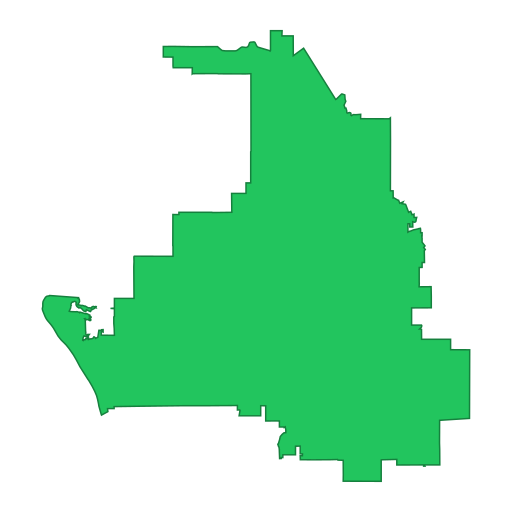 outline of Etchojoa, Sonora, Mexico
{"feature_id": "50627088B76795265629930", "entity_name": "Etchojoa", "entity_type": "district", "adm_level": 2, "iso_a3": "MEX", "parent_name": "Mexico", "parent_adm1": "Sonora", "projection": "natural_earth1", "projection_center": [-109.755, 27.044], "detail": "fine", "context": "isolated", "style": "filled", "palette": "green", "viewbox_px": 512, "rotation_deg": 0, "n_neighbors": 0, "source": "geoboundaries", "source_scale": "gbopen_adm2", "svg_char_len": 5763}
<svg xmlns="http://www.w3.org/2000/svg" viewBox="0 0 512 512"><path d="M381.2,481.3L381.2,459.9L381.3,459.8L396.8,459.4L396.8,465.0L423.6,464.9L423.6,466.1L424.9,466.1L424.6,465.6L424.6,464.9L439.8,464.9L439.7,449.2L439.5,443.0L439.6,420.3L469.5,418.4L469.7,349.8L450.6,349.7L450.6,339.3L421.6,339.3L421.5,328.8L421.4,329.0L419.6,329.0L421.4,327.2L421.7,326.2L421.8,325.8L421.7,325.5L421.5,325.1L411.6,325.1L411.6,307.9L431.3,307.8L431.3,296.3L431.1,286.7L419.1,286.8L419.3,283.0L419.2,282.9L419.2,267.5L422.1,267.4L422.1,262.5L424.5,262.5L424.3,250.7L425.3,249.5L423.7,247.5L425.0,245.9L422.1,242.2L422.1,237.9L421.9,237.2L422.0,236.7L422.0,235.9L421.8,235.9L421.8,235.7L422.1,235.7L422.1,232.7L420.6,232.7L420.6,229.5L420.4,228.3L418.7,228.6L418.0,228.9L413.4,229.9L410.5,231.1L409.8,231.2L409.1,231.5L407.9,232.2L407.9,223.8L409.7,223.7L409.7,227.0L412.8,227.0L412.7,221.7L414.3,222.2L414.8,222.2L415.6,221.8L415.8,221.5L416.0,220.9L416.2,219.4L416.7,217.4L414.1,217.5L414.0,214.1L413.3,214.5L412.6,214.4L412.0,214.7L410.7,211.3L408.6,212.3L408.5,211.7L408.1,211.0L405.7,204.5L406.0,204.4L402.1,203.7L403.1,201.9L399.8,203.3L398.6,200.3L398.3,200.4L393.7,197.7L393.2,197.9L393.1,190.8L390.4,190.8L390.5,139.4L390.4,118.1L389.8,118.8L389.7,118.8L390.0,118.3L389.9,118.2L389.3,118.6L388.7,118.8L360.6,118.7L360.7,114.3L355.9,114.7L353.2,114.6L351.6,115.7L351.0,115.4L350.9,113.3L350.6,112.9L349.5,112.5L347.4,113.1L346.8,112.7L346.7,110.6L345.9,108.0L344.8,108.0L344.6,106.7L344.0,105.2L345.8,101.3L345.1,99.3L344.8,94.9L342.2,94.0L341.6,94.0L336.4,99.1L335.7,99.5L303.6,48.2L293.3,55.7L293.2,35.9L281.9,35.9L282.1,30.7L270.5,30.7L270.5,50.5L270.1,51.1L269.5,50.6L258.1,47.2L257.2,46.6L256.6,45.7L255.0,42.5L254.6,42.1L253.8,41.9L250.6,42.2L250.2,42.3L249.7,42.6L249.4,43.2L248.6,45.5L248.2,46.1L247.7,46.8L247.1,47.1L246.2,47.4L245.6,47.4L242.4,47.0L241.7,47.1L241.1,47.4L237.2,50.3L235.8,50.8L235.3,50.9L225.7,50.9L222.1,50.5L220.3,49.1L217.5,46.6L192.3,46.7L173.0,46.4L163.3,46.5L163.3,57.0L173.0,57.1L173.0,65.9L173.2,67.7L192.3,67.7L192.2,74.0L192.6,73.7L207.4,73.6L217.4,73.6L218.3,73.8L245.8,73.9L250.9,73.7L251.0,151.2L250.7,151.7L250.7,182.9L246.0,182.9L246.0,193.4L231.6,193.4L231.8,212.3L216.2,212.5L212.2,212.5L212.0,212.3L178.9,212.3L178.9,214.6L172.9,214.5L172.8,245.8L173.0,246.0L173.0,256.3L134.3,256.2L134.2,256.5L133.9,256.8L134.0,261.8L133.8,266.9L134.0,298.4L114.4,298.4L114.4,308.1L110.5,308.4L114.4,308.7L114.4,316.5L113.8,316.9L113.8,323.4L114.2,328.6L114.4,335.3L101.3,335.2L101.3,331.3L103.1,332.1L103.1,329.6L101.7,329.7L101.7,330.3L98.9,330.3L97.8,337.3L95.5,338.4L95.4,337.8L94.6,337.2L94.2,336.9L93.8,336.9L93.5,337.6L93.0,338.3L92.7,338.3L91.8,338.8L90.7,338.8L88.6,339.5L88.3,339.5L88.3,339.1L88.7,338.9L88.8,338.3L88.6,337.9L88.2,337.7L87.7,337.8L87.4,338.5L86.9,338.4L86.7,338.7L85.8,338.7L85.6,338.9L85.6,339.4L85.5,339.6L83.9,339.6L83.7,340.3L83.4,340.6L82.7,340.3L82.7,339.9L82.9,338.8L83.3,337.2L83.9,336.0L84.2,335.9L86.2,336.9L86.6,336.8L87.0,336.4L87.8,336.4L88.2,336.5L88.5,336.0L88.7,335.1L89.3,334.4L87.7,334.4L87.4,334.8L86.7,335.0L86.4,335.0L86.0,334.6L85.7,333.2L85.8,332.6L85.6,330.9L85.3,321.2L85.1,319.6L84.8,318.9L84.6,318.7L84.9,318.6L84.9,318.8L85.1,318.9L85.3,319.3L85.6,319.5L86.0,319.3L86.5,319.8L87.0,319.6L88.0,319.7L89.0,319.2L89.6,319.9L89.1,320.3L89.0,320.9L89.5,320.2L89.8,320.6L90.6,320.5L90.8,320.2L90.8,319.6L90.5,319.7L90.1,319.4L90.1,319.1L89.9,319.0L89.8,318.7L89.5,318.5L89.2,318.4L89.2,318.2L90.3,318.1L90.8,317.5L91.1,317.4L91.1,317.0L90.8,316.6L90.5,316.6L89.7,316.4L89.5,316.5L89.3,316.3L89.2,316.0L89.9,315.2L87.2,313.8L85.2,313.7L80.0,312.1L79.7,312.7L79.3,312.4L77.3,311.7L76.7,311.6L76.3,311.8L71.2,311.6L69.7,311.4L69.2,311.2L70.6,308.1L70.9,305.8L71.0,305.5L71.2,305.3L71.0,305.0L70.9,304.7L70.9,304.3L71.2,303.8L71.4,303.0L72.3,302.0L72.6,301.9L72.9,302.1L74.3,301.4L74.9,301.4L75.3,301.6L76.2,302.3L76.2,302.6L76.1,303.1L76.0,304.3L76.3,305.5L77.0,306.6L78.0,307.4L78.7,307.5L78.9,308.0L80.4,307.7L82.0,309.0L83.5,310.8L85.8,311.7L86.4,309.7L90.3,311.6L90.7,311.3L91.3,309.9L91.8,309.6L92.0,309.3L92.4,309.6L92.5,309.6L92.8,309.3L94.5,308.4L94.6,308.1L95.6,307.7L96.0,307.8L95.9,307.6L96.2,306.6L95.3,306.5L94.6,306.9L94.3,306.7L93.9,306.6L93.4,306.4L92.6,306.6L91.6,307.2L91.0,308.0L90.6,308.1L89.9,307.8L88.2,307.8L85.5,306.2L85.3,306.1L84.9,306.3L84.6,306.2L83.8,305.7L83.4,305.8L82.8,305.5L81.8,305.3L81.3,305.8L80.3,305.5L80.0,305.0L78.7,305.0L77.9,304.8L77.8,304.6L78.0,304.2L78.5,303.7L79.4,302.0L79.6,301.3L79.3,299.1L78.6,298.5L78.3,298.5L77.8,298.1L77.8,297.9L78.1,297.6L49.6,295.5L49.2,295.7L49.2,295.8L48.3,296.0L46.9,296.2L45.5,297.2L43.7,300.2L43.1,301.4L42.8,303.3L42.8,306.4L42.3,308.7L42.5,309.9L42.9,311.1L44.9,316.1L45.7,317.8L46.7,319.5L48.1,321.3L50.6,324.2L51.9,325.9L53.4,328.0L58.1,336.1L61.1,339.9L66.1,344.9L69.0,348.5L73.4,354.8L76.3,359.8L80.0,366.8L87.9,379.3L88.8,380.5L92.3,386.5L94.8,391.4L96.6,395.7L97.6,399.4L98.5,403.7L98.9,406.1L101.1,414.0L101.5,415.1L107.9,411.6L107.5,408.6L114.1,408.6L114.1,406.6L141.2,406.2L183.7,405.7L208.3,405.7L221.5,405.6L226.1,405.6L237.4,405.5L237.4,410.0L239.7,409.9L240.0,410.4L239.1,415.8L260.7,415.8L260.7,405.7L265.7,405.8L265.7,421.0L276.0,420.9L279.4,421.0L279.4,427.0L284.0,427.0L284.1,427.5L284.7,427.2L285.2,426.9L285.2,427.1L285.8,429.6L285.8,432.7L284.0,432.8L282.2,434.3L280.3,436.5L279.6,439.6L278.4,443.6L277.8,444.2L278.6,446.7L278.8,446.8L279.1,447.6L279.2,449.3L279.4,449.6L279.3,450.4L279.6,458.6L281.2,458.5L281.2,457.6L282.8,457.6L282.9,454.8L295.5,454.8L295.5,446.2L300.2,446.1L300.2,453.8L302.5,453.9L302.4,455.7L300.2,455.7L300.3,459.7L313.3,459.8L330.2,459.7L337.6,459.5L337.9,460.1L343.2,460.3L343.3,474.9L343.2,481.2L381.2,481.3Z" fill="#22c55e" stroke="#15803d" stroke-width="1.5"/></svg>